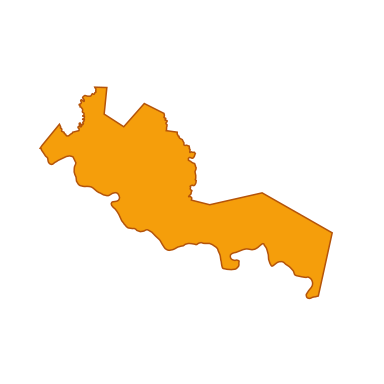 outline of San Miguel (La Dorada), Putumayo, Colombia, rotated 23°
{"feature_id": "7082276B25468013916959", "entity_name": "San Miguel (La Dorada)", "entity_type": "district", "adm_level": 2, "iso_a3": "COL", "parent_name": "Colombia", "parent_adm1": "Putumayo", "projection": "robinson", "projection_center": [-76.899, 0.311], "detail": "fine", "context": "isolated", "style": "filled", "palette": "amber", "viewbox_px": 384, "rotation_deg": 23, "n_neighbors": 0, "source": "geoboundaries", "source_scale": "gbopen_adm2", "svg_char_len": 5949}
<svg xmlns="http://www.w3.org/2000/svg" viewBox="0 0 384 384"><g transform="rotate(23 192 192)"><path d="M35.1,211.2L36.5,211.2L36.9,212.0L38.3,213.0L39.5,213.7L43.2,216.2L44.7,216.6L45.9,217.2L47.5,219.8L48.5,220.9L50.0,221.6L51.7,221.6L52.9,220.8L54.3,218.2L55.4,216.9L56.3,215.4L62.5,208.4L65.2,206.6L67.4,206.2L68.8,206.2L73.7,210.5L73.9,211.5L74.0,212.7L73.9,214.2L74.2,215.7L74.7,217.1L75.7,219.6L77.2,221.5L79.5,223.7L81.4,227.1L83.0,228.3L84.6,229.4L86.1,229.8L87.2,229.7L89.7,229.3L91.3,228.8L93.0,227.9L95.3,227.1L97.3,226.7L99.4,227.0L104.1,228.5L106.5,228.9L107.8,228.8L111.6,229.2L115.2,228.6L116.6,227.9L117.2,227.2L119.3,224.3L121.3,222.8L122.4,222.3L123.4,222.3L124.8,222.7L126.2,223.8L127.5,225.4L127.8,227.2L127.4,228.6L126.4,229.8L124.9,230.8L123.7,231.5L122.5,232.3L122.2,233.2L122.2,234.3L122.7,235.0L123.3,235.7L124.2,236.2L125.5,236.9L128.0,237.7L130.6,239.2L133.4,241.2L138.5,245.9L141.1,247.3L142.4,248.2L143.5,248.6L145.1,249.5L147.2,250.0L151.6,248.9L152.7,248.3L153.5,248.1L155.0,248.3L156.0,248.8L156.4,248.9L159.9,248.7L162.2,247.3L163.4,246.3L163.9,245.5L164.7,244.7L165.6,244.2L167.1,244.2L170.8,244.7L175.7,246.8L180.4,248.5L181.6,249.1L185.1,251.8L188.2,253.9L189.5,254.6L191.2,254.9L192.7,254.9L194.0,254.5L196.8,252.6L198.2,251.2L200.5,248.2L203.4,245.9L204.9,245.0L205.5,244.1L206.0,243.1L206.8,242.3L208.6,240.9L209.7,240.4L211.9,239.7L214.8,239.0L216.2,238.9L217.0,238.4L217.4,237.6L218.2,236.5L219.4,235.5L220.5,234.9L222.5,234.8L224.0,234.3L228.2,232.5L231.2,232.5L232.7,232.8L235.8,233.4L237.6,234.2L238.4,235.0L239.0,235.8L241.7,238.3L242.5,239.2L243.1,240.0L245.0,243.2L246.2,244.8L247.1,246.4L248.2,248.1L249.5,249.7L250.3,250.2L251.0,250.2L252.7,249.8L254.4,249.5L258.5,248.1L261.5,246.4L262.2,245.9L262.9,244.9L263.6,243.1L263.9,241.8L263.5,240.3L262.9,239.1L262.4,237.4L262.0,237.0L261.2,237.0L260.1,237.1L259.4,237.3L258.3,238.2L256.9,238.5L254.8,238.5L253.6,237.9L253.0,237.2L252.5,236.6L252.0,234.9L252.5,233.6L253.2,232.7L254.2,231.7L256.1,230.4L261.5,225.1L263.4,223.7L264.6,223.0L266.3,222.5L269.8,221.7L272.2,220.1L273.5,218.5L274.4,217.1L275.1,215.6L276.5,212.9L277.2,212.0L277.7,211.8L278.5,211.8L278.9,212.2L279.3,212.7L281.4,213.9L282.5,214.7L284.0,216.4L286.8,220.0L288.8,224.0L291.4,227.0L292.8,228.2L293.9,228.9L294.5,229.0L295.1,228.6L295.6,227.9L297.3,224.8L298.1,223.5L299.4,222.2L302.0,220.9L303.9,220.9L306.5,221.9L310.4,222.6L311.9,223.1L315.2,224.6L316.4,225.3L318.5,227.7L319.5,228.2L320.8,228.2L326.1,227.2L329.7,226.3L330.5,226.0L331.5,225.2L332.2,224.9L333.6,225.0L335.2,225.4L336.8,226.4L338.2,228.0L338.9,229.4L339.3,231.1L339.1,233.2L337.9,237.4L337.2,241.6L337.7,242.8L338.6,243.9L339.7,244.4L341.5,244.2L342.7,243.4L343.9,242.0L345.2,241.0L346.6,240.2L348.9,238.4L337.0,174.8L256.9,165.4L213.3,196.8L194.6,199.7L194.2,197.8L193.8,197.3L192.5,196.9L192.0,196.9L191.8,196.9L191.0,197.6L190.7,197.5L190.7,197.1L190.8,196.8L191.8,194.2L191.8,193.8L191.6,193.6L191.4,192.7L191.4,190.9L191.3,190.7L190.4,190.6L189.8,190.4L189.4,190.1L189.0,189.5L188.9,188.6L188.6,187.8L188.1,187.6L188.1,187.4L188.2,187.0L189.5,185.6L190.6,185.7L191.5,185.1L191.8,184.5L192.0,183.2L192.0,182.0L191.4,179.8L191.2,179.7L190.7,179.7L190.2,179.3L190.1,178.9L190.2,178.4L189.8,177.2L189.4,176.3L189.0,175.3L186.8,172.2L186.7,169.2L186.4,168.5L186.3,168.0L185.3,167.2L184.7,166.2L184.0,165.6L183.4,165.2L183.3,164.8L181.4,164.9L179.8,164.7L178.8,164.3L177.4,164.3L176.8,164.0L176.4,164.2L176.2,164.0L175.6,162.7L175.7,162.0L176.2,161.2L176.5,161.0L178.9,160.9L179.5,160.5L179.8,160.1L180.0,159.5L180.2,158.6L180.2,157.7L180.0,156.0L180.1,155.4L179.3,154.9L178.8,154.5L178.6,154.5L176.9,155.3L175.7,155.3L175.0,156.0L174.8,156.4L174.6,156.4L174.4,156.3L174.1,155.6L173.8,154.1L173.5,153.5L172.9,153.4L172.5,153.1L172.5,152.4L172.1,152.0L171.5,150.9L171.3,150.8L170.4,151.0L168.9,151.0L168.6,151.1L167.7,151.7L167.3,151.9L166.5,151.9L166.2,151.7L165.7,151.1L165.6,150.4L165.3,149.8L164.3,149.1L162.6,147.6L160.6,147.4L159.5,147.2L159.0,146.9L158.6,146.5L158.3,145.8L157.7,145.9L157.4,145.8L156.7,145.1L156.2,144.8L155.7,144.3L155.5,143.9L155.4,143.5L155.0,142.7L144.3,145.6L144.2,144.6L143.3,142.3L143.2,141.1L142.7,139.8L141.4,139.3L141.1,138.8L141.1,138.2L141.3,137.7L141.5,137.2L141.4,136.3L141.3,136.2L140.9,136.1L140.0,136.1L139.6,136.3L139.1,136.2L139.1,134.6L138.9,134.4L137.6,134.5L137.1,134.3L136.8,132.6L136.4,131.8L135.6,130.9L135.5,130.6L113.5,129.2L103.7,158.6L80.7,154.6L72.8,129.1L61.5,133.5L62.0,134.0L63.1,134.5L63.5,135.2L63.9,136.6L64.5,137.5L63.8,138.6L63.8,139.8L63.7,140.2L63.2,140.5L62.0,140.4L61.8,140.6L61.7,141.0L61.5,142.4L61.3,143.1L61.1,143.4L59.7,144.1L58.1,144.7L56.1,144.9L55.7,145.0L55.2,145.6L54.4,147.3L54.4,147.8L54.6,148.1L55.5,148.5L56.8,149.4L57.1,149.9L57.3,150.5L57.1,150.9L56.8,150.9L56.0,150.7L54.9,150.3L54.1,150.3L53.8,150.9L53.9,151.5L54.5,152.1L55.1,152.5L55.3,153.4L55.1,154.2L54.0,155.4L54.0,155.8L54.3,156.1L55.0,156.0L55.3,156.2L55.5,157.1L55.7,157.4L56.3,157.2L56.5,157.2L58.9,158.5L59.4,159.6L59.7,161.0L60.3,161.5L61.3,161.5L62.0,162.0L62.4,163.3L62.4,163.7L61.7,164.4L61.7,164.6L61.9,164.9L62.3,164.8L63.0,164.1L63.6,164.7L63.8,165.5L63.8,166.4L63.3,167.1L62.9,167.4L62.9,167.7L63.0,167.9L63.4,167.9L64.0,167.0L64.2,166.9L64.6,167.2L64.8,169.2L64.7,169.7L64.3,170.5L64.5,171.1L65.3,171.5L65.3,172.1L65.1,172.7L64.2,172.8L63.2,173.3L62.7,173.1L62.3,172.3L62.0,172.2L61.7,172.4L61.4,172.9L61.6,173.4L62.3,174.4L62.9,174.5L63.2,173.8L63.4,173.7L64.1,173.7L64.6,174.1L64.6,175.1L64.3,175.4L63.7,175.6L62.6,175.5L61.9,176.0L61.7,176.6L61.8,177.1L62.0,177.4L63.2,177.8L63.5,178.1L63.8,179.1L63.8,179.8L58.8,183.6L58.8,184.7L57.7,186.1L56.6,188.3L56.2,188.7L54.9,189.3L54.0,189.1L53.1,188.2L51.7,188.1L51.5,187.9L51.3,187.6L51.0,187.1L50.6,187.0L48.3,187.0L48.0,186.5L47.9,185.7L47.7,185.2L47.1,184.6L46.7,184.5L46.0,184.6L45.8,184.4L45.7,183.5L45.5,183.2L43.5,181.4L35.8,207.7L35.1,211.2Z" fill="#f59e0b" stroke="#b45309" stroke-width="1.5"/></g></svg>